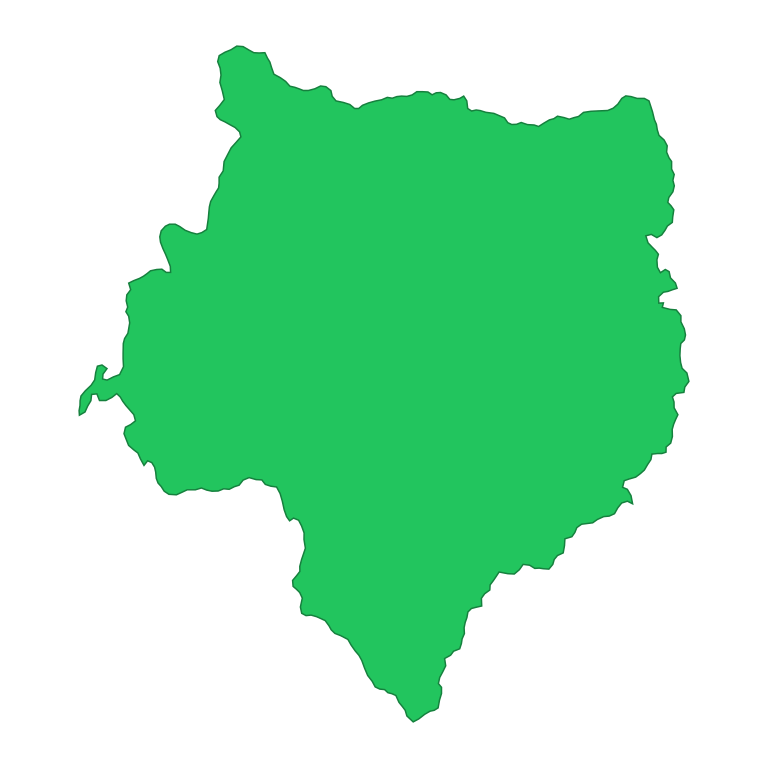 the district of Bom Despacho, Minas Gerais, Brazil
{"feature_id": "56859067B37689080878598", "entity_name": "Bom Despacho", "entity_type": "district", "adm_level": 2, "iso_a3": "BRA", "parent_name": "Brazil", "parent_adm1": "Minas Gerais", "projection": "robinson", "projection_center": [-45.298, -19.708], "detail": "fine", "context": "isolated", "style": "filled", "palette": "green", "viewbox_px": 768, "rotation_deg": 0, "n_neighbors": 0, "source": "geoboundaries", "source_scale": "gbopen_adm2", "svg_char_len": 5174}
<svg xmlns="http://www.w3.org/2000/svg" viewBox="0 0 768 768"><path d="M632.6,503.8L631.0,495.6L627.3,489.3L622.6,487.3L624.2,480.7L628.8,479.1L635.7,477.1L640.5,473.5L644.4,470.0L647.5,464.7L650.9,459.6L651.9,454.1L657.7,453.5L661.9,453.5L666.0,452.2L666.1,447.0L670.7,443.1L672.4,436.5L672.2,429.4L673.7,424.1L675.7,419.3L677.9,414.7L674.1,407.8L674.0,402.0L672.4,396.9L676.2,393.4L683.9,392.4L684.8,387.1L688.9,381.4L686.9,373.0L682.1,368.3L680.6,362.5L679.9,355.6L680.2,348.7L680.8,343.5L684.4,339.9L685.5,335.0L684.3,328.8L680.9,321.8L680.9,315.7L676.2,309.9L670.1,309.4L662.3,307.4L663.4,302.9L658.8,303.1L658.6,296.7L663.4,292.2L668.0,291.4L672.0,289.9L677.1,288.3L675.4,283.0L670.5,277.9L669.1,271.6L665.3,269.5L660.4,272.7L657.4,267.3L656.9,259.8L658.4,254.3L655.3,250.3L652.0,247.0L648.0,242.8L645.8,235.8L651.3,234.4L656.9,237.6L661.7,234.9L665.0,230.3L667.4,226.0L672.3,222.4L672.7,217.1L673.8,209.8L671.1,205.9L667.8,202.4L668.8,197.5L672.9,191.8L674.3,185.8L672.9,180.3L674.2,174.5L671.6,169.1L671.6,161.5L669.0,157.8L666.6,152.1L667.2,145.8L664.1,140.0L659.0,135.4L657.3,129.9L656.4,124.3L654.4,119.7L652.5,111.8L649.0,100.9L644.3,98.4L637.1,98.4L631.1,96.6L625.8,95.9L621.8,98.4L617.8,104.2L613.2,108.2L607.7,110.5L600.9,110.8L596.5,111.0L590.8,111.3L583.5,112.4L578.5,116.5L574.1,117.6L569.2,119.2L564.1,117.6L557.5,116.2L553.8,118.7L549.4,119.9L544.1,123.0L538.6,126.5L534.2,125.0L527.4,124.6L521.2,122.5L516.6,124.3L511.7,124.5L507.8,122.7L504.5,117.9L499.8,115.9L493.9,113.4L485.8,112.3L480.3,110.6L476.2,110.0L471.6,111.0L467.7,108.5L466.8,100.9L463.7,96.1L459.8,98.4L454.0,99.8L449.8,99.4L446.1,94.9L440.5,92.5L436.2,92.8L432.1,94.8L428.0,92.0L422.7,91.7L416.8,91.7L412.2,94.9L406.9,96.4L401.6,96.1L396.8,96.6L392.3,98.2L387.3,97.4L381.6,99.8L375.0,101.1L368.6,102.9L362.5,105.3L358.7,108.5L354.6,108.5L349.8,104.5L343.5,102.5L336.0,100.9L332.2,96.3L330.9,90.6L325.9,86.7L320.6,86.0L314.8,88.8L308.4,90.5L303.3,90.5L299.0,88.8L294.8,87.3L289.9,86.2L285.6,81.4L280.5,77.8L273.9,74.2L271.5,67.4L269.9,62.1L267.4,58.0L264.9,52.7L259.1,53.0L253.8,52.7L249.2,50.2L243.1,46.6L236.8,46.1L230.7,49.9L225.0,52.2L219.2,55.6L217.7,61.6L220.2,68.2L221.0,75.2L219.9,82.5L222.3,90.8L224.3,99.5L219.7,105.5L215.3,110.5L217.0,116.6L220.3,119.7L224.8,121.8L229.6,124.5L235.1,127.5L239.6,131.9L240.9,136.9L235.8,142.7L231.2,147.8L227.6,154.7L224.1,161.5L223.2,170.9L219.1,177.2L219.1,183.2L218.6,187.9L216.0,192.0L213.7,196.0L210.7,201.4L209.4,206.7L208.9,211.7L208.3,218.5L206.7,229.5L201.8,232.6L197.0,234.1L191.1,232.6L185.2,230.3L179.7,226.5L175.2,224.2L169.5,224.2L165.4,226.2L161.2,230.8L159.8,236.8L160.5,242.2L162.9,248.5L165.7,254.6L167.9,260.0L170.3,266.3L170.6,272.4L166.2,272.4L161.9,269.2L156.7,269.5L150.5,270.8L147.1,273.6L143.5,276.2L139.5,278.4L133.6,280.7L128.7,283.1L130.7,289.7L126.8,294.9L126.2,300.8L127.7,307.1L125.9,311.7L128.7,316.3L129.7,322.9L127.9,333.3L124.6,338.5L123.3,343.5L123.1,353.4L123.1,358.7L123.5,366.7L119.6,374.6L113.4,376.9L107.1,380.1L102.6,379.0L103.0,374.1L107.0,368.6L102.0,365.0L97.4,366.2L95.7,372.6L94.7,379.9L91.1,385.3L85.3,390.8L81.0,396.0L80.1,400.7L80.0,405.5L79.1,410.6L79.4,415.2L85.0,412.0L87.7,406.0L90.9,400.7L91.6,394.4L96.9,393.9L99.5,400.5L105.9,400.5L111.9,397.4L116.7,393.6L120.2,396.9L122.7,401.2L125.9,405.5L129.9,410.1L133.8,414.6L135.5,420.8L130.6,424.6L125.5,427.2L124.0,433.7L126.1,439.1L128.6,445.4L133.8,449.9L137.9,453.0L140.5,459.0L144.0,465.4L147.6,460.8L151.8,462.6L154.6,467.2L155.7,472.1L156.3,478.4L158.1,483.1L161.2,486.5L164.2,491.2L168.9,494.3L176.4,494.8L181.9,492.3L187.2,489.8L195.3,489.8L201.4,488.0L206.8,490.1L212.0,491.2L218.2,491.0L223.7,488.8L229.2,489.3L234.3,486.7L239.1,485.2L243.1,480.1L249.1,477.6L256.1,479.6L261.8,479.9L265.3,484.4L270.8,486.2L276.6,487.0L280.1,493.5L282.3,501.1L284.2,509.8L286.6,516.6L289.6,520.8L293.5,518.1L298.6,520.2L301.6,526.0L304.1,532.9L304.0,539.5L305.4,548.2L303.4,554.2L301.5,559.8L299.8,566.4L299.9,571.4L296.6,575.7L292.6,580.4L293.1,586.4L296.4,589.2L299.7,592.5L302.3,598.1L300.4,607.0L301.7,613.3L306.0,615.6L311.1,615.1L316.7,616.7L325.2,620.6L329.0,625.8L331.2,629.8L334.9,633.4L340.6,635.6L347.9,639.4L351.2,645.2L355.2,650.9L359.0,655.4L361.8,660.5L364.6,668.2L367.7,675.5L372.2,681.3L375.2,686.9L379.8,689.1L384.6,689.6L387.9,692.7L391.9,693.7L395.9,695.5L399.0,702.4L402.5,706.7L405.2,710.3L406.9,716.0L413.2,721.9L418.8,718.9L424.7,714.3L430.0,711.2L434.2,710.3L438.1,707.9L439.5,700.1L441.5,693.5L441.5,687.3L438.4,683.6L439.7,677.5L442.8,671.7L445.7,665.8L444.6,658.5L450.6,655.2L453.6,651.2L459.7,648.8L461.4,643.5L462.1,638.9L464.4,633.6L464.1,627.7L465.2,622.4L466.9,617.6L467.9,612.0L471.4,608.5L476.0,607.3L481.7,606.0L481.4,598.3L484.6,593.8L489.8,590.0L490.1,584.9L493.2,580.8L496.0,576.7L499.1,572.0L503.1,572.8L507.9,573.7L514.3,574.0L519.4,569.7L523.1,564.4L529.6,565.2L534.8,568.4L539.2,568.1L543.2,568.7L548.9,569.1L552.8,564.4L554.2,559.5L557.5,555.5L563.2,552.9L564.5,545.6L564.9,538.8L571.9,536.7L574.9,532.4L576.8,527.6L581.6,524.2L587.2,523.5L592.7,522.8L597.3,519.5L603.7,516.6L609.2,516.1L614.5,513.7L617.8,507.8L621.7,503.0L627.4,501.2L632.6,503.8Z" fill="#22c55e" stroke="#15803d" stroke-width="1.5"/></svg>